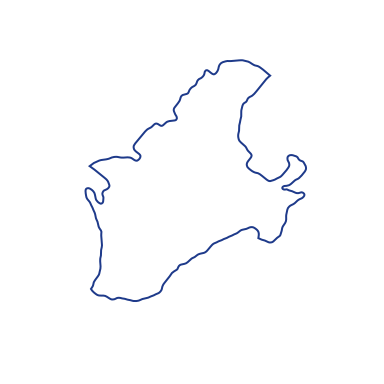 the district of Las Yayas de Viajama, Azua, Dominican Republic, rotated 309°
{"feature_id": "3306468B57328361484840", "entity_name": "Las Yayas de Viajama", "entity_type": "district", "adm_level": 2, "iso_a3": "DOM", "parent_name": "Dominican Republic", "parent_adm1": "Azua", "projection": "orthographic", "projection_center": [-70.973, 18.597], "detail": "fine", "context": "isolated", "style": "outline", "palette": "blue", "viewbox_px": 384, "rotation_deg": 309, "n_neighbors": 0, "source": "geoboundaries", "source_scale": "gbopen_adm2", "svg_char_len": 6103}
<svg xmlns="http://www.w3.org/2000/svg" viewBox="0 0 384 384"><g transform="rotate(309 192 192)"><path d="M197.9,272.6L198.8,276.1L200.1,279.1L201.1,283.0L201.6,284.1L202.3,284.9L203.1,285.6L203.6,285.9L204.7,286.3L210.0,287.0L212.9,287.8L213.9,287.8L214.8,287.5L218.3,286.1L220.7,284.8L221.8,284.4L222.9,284.2L226.5,283.9L228.3,283.4L229.9,282.5L232.7,280.2L233.8,279.5L238.3,277.2L239.9,276.7L241.7,276.7L242.9,276.9L244.0,277.3L245.9,278.2L247.0,278.6L248.1,278.9L251.8,279.4L252.9,279.7L254.0,280.1L255.9,281.1L256.9,281.5L258.6,281.7L259.6,281.6L260.1,281.4L260.6,281.1L261.0,280.6L261.2,280.1L261.3,279.1L261.1,278.1L260.6,277.2L260.2,276.9L258.2,275.5L257.5,274.7L256.9,273.8L256.5,272.7L255.6,269.3L254.3,266.3L253.7,264.0L252.2,262.5L251.7,261.7L251.5,260.7L251.6,260.2L251.9,259.7L252.4,259.4L253.0,259.3L253.9,259.5L254.8,260.0L256.2,261.5L258.0,262.9L259.0,263.4L260.9,263.9L265.4,264.6L266.6,264.9L269.1,266.1L270.2,266.4L272.0,266.6L273.9,266.8L277.0,266.8L278.9,266.8L280.1,266.6L281.2,266.3L282.2,265.7L283.0,264.9L283.7,264.0L285.1,260.6L285.4,259.6L285.4,258.7L284.6,256.4L284.5,255.4L284.6,254.3L285.4,252.1L285.4,251.6L285.3,250.6L284.0,247.2L283.4,246.2L282.3,245.0L281.3,244.5L280.8,244.3L279.6,244.3L279.0,244.5L278.1,245.1L277.0,246.2L275.6,249.2L274.5,250.4L273.6,251.0L273.0,251.2L271.7,251.5L268.4,251.7L262.2,251.5L260.2,251.3L258.9,250.9L256.0,249.5L253.8,248.6L252.4,247.8L249.8,246.0L249.5,245.7L248.9,244.6L248.7,243.4L248.6,242.1L248.6,236.1L248.5,233.4L248.1,231.4L246.9,229.0L246.5,227.8L246.1,225.8L246.0,223.8L246.0,221.8L246.1,220.6L246.3,219.4L246.6,218.8L247.2,217.9L248.0,217.1L249.0,216.6L249.6,216.4L250.8,216.2L255.2,216.1L256.4,216.0L257.4,215.6L257.9,215.3L258.2,214.9L258.5,214.4L258.8,213.4L259.3,209.4L259.6,208.4L260.7,205.9L261.0,204.6L261.1,202.7L261.3,198.7L261.6,196.8L261.8,196.2L262.4,195.1L263.5,193.7L264.4,192.8L265.4,192.0L266.4,191.4L269.1,190.1L273.5,186.8L276.2,185.5L278.6,184.2L281.7,182.7L285.6,179.6L286.6,178.9L290.6,177.0L292.2,176.5L293.3,176.5L294.3,176.7L295.6,177.2L296.5,177.3L297.4,177.2L299.2,176.7L300.2,176.6L301.8,176.9L303.8,177.8L304.9,178.2L307.5,178.6L310.8,178.7L326.5,178.7L329.1,179.0L331.6,179.5L331.8,170.2L331.7,167.6L331.6,165.7L331.2,163.8L330.0,161.3L329.7,160.3L329.4,158.5L329.1,155.5L328.7,153.7L326.3,148.6L325.6,147.6L323.9,145.7L318.5,140.1L317.3,138.7L316.1,137.1L314.7,135.9L312.4,134.3L310.8,133.6L309.6,133.4L308.4,133.4L307.3,133.6L306.2,134.0L303.8,135.2L301.9,135.7L300.7,135.8L299.4,135.8L298.2,135.5L297.7,135.3L297.2,134.9L296.9,134.4L296.6,133.3L296.5,132.1L296.5,128.6L296.3,127.5L296.1,127.0L295.7,126.6L295.3,126.3L294.8,126.2L294.3,126.2L293.4,126.3L291.7,127.2L290.7,127.6L288.9,127.8L287.2,127.6L286.1,127.3L284.2,126.4L282.6,126.2L281.5,126.3L279.2,127.1L277.6,127.4L276.0,127.1L273.6,126.1L271.9,125.8L270.7,125.8L269.6,125.9L267.2,126.6L266.3,126.7L265.8,126.6L264.8,126.1L262.6,124.5L261.6,123.8L261.1,123.6L260.0,123.4L259.4,123.4L258.3,123.7L255.9,124.7L254.7,125.0L252.2,125.2L247.0,125.3L245.8,125.4L244.8,125.8L243.9,126.5L243.3,127.3L241.8,130.1L241.1,132.1L240.6,133.0L239.9,133.7L239.5,134.0L238.5,134.2L237.9,134.2L237.4,134.0L236.5,133.3L232.9,129.8L231.3,128.7L230.7,128.4L229.6,128.1L225.7,127.5L224.7,127.1L224.0,126.4L223.7,125.4L223.4,122.9L223.1,121.9L222.6,121.0L221.7,120.4L220.7,120.1L217.3,119.7L216.2,119.4L213.7,118.3L212.6,117.9L211.3,117.7L209.4,117.5L194.1,117.3L192.2,117.5L191.0,117.8L190.0,118.5L189.3,119.3L188.7,120.2L188.5,120.8L188.2,122.7L188.3,127.1L188.1,128.2L187.9,128.8L187.5,129.3L187.1,129.6L186.1,130.1L184.4,130.3L182.8,130.0L181.8,129.6L181.4,129.2L180.9,128.3L180.6,127.2L180.3,123.8L180.0,122.7L179.4,121.6L178.3,120.0L175.6,117.1L174.4,115.6L173.7,114.5L172.3,111.9L171.6,110.9L170.3,109.5L168.4,108.0L165.8,106.6L164.8,105.9L163.3,104.7L159.9,101.5L158.9,100.7L157.8,100.0L152.8,97.5L147.7,96.2L148.0,102.1L148.0,115.1L147.9,117.7L147.5,119.5L147.1,120.5L145.5,123.2L144.8,124.0L143.8,124.4L142.2,124.5L140.6,124.1L137.8,122.7L136.7,122.6L135.6,122.8L134.6,123.2L133.8,123.9L133.2,124.7L132.5,126.0L131.8,126.8L128.9,128.8L128.0,129.2L127.5,129.3L126.9,129.2L126.4,129.1L125.9,128.8L125.5,128.4L125.3,127.9L125.1,126.8L125.0,125.7L125.1,124.6L125.5,122.8L125.7,122.2L126.4,121.2L128.8,118.3L129.8,116.8L130.4,115.0L130.6,113.2L130.5,111.4L130.3,110.3L130.1,109.7L129.6,108.8L128.7,108.1L128.3,107.9L127.7,107.8L127.1,107.9L126.6,108.1L125.7,108.7L124.1,110.2L122.4,112.1L121.3,113.5L120.6,115.2L119.9,118.7L119.5,119.7L118.2,122.2L117.3,124.3L115.7,127.2L114.7,129.3L113.7,130.8L111.3,133.7L110.7,134.7L109.4,137.3L106.3,141.3L105.6,142.8L104.8,145.4L104.3,146.3L104.0,146.7L102.3,147.9L100.9,149.0L95.3,154.3L93.9,155.6L92.3,156.6L89.7,157.9L85.3,161.2L82.7,162.5L81.7,163.2L80.3,164.3L76.7,167.7L74.7,169.1L72.6,170.1L70.2,171.3L69.1,171.7L67.3,171.9L63.0,172.1L61.2,172.3L60.0,172.5L57.6,173.7L56.5,174.1L55.3,174.3L53.1,174.5L52.5,176.4L52.2,178.9L52.2,181.3L52.4,183.2L52.8,184.3L53.1,184.9L53.8,185.9L55.7,188.3L56.6,189.9L57.0,191.6L57.4,195.2L57.8,196.9L58.4,197.8L59.2,198.6L60.0,199.3L62.5,200.5L63.3,201.2L64.0,202.1L64.6,203.0L65.3,204.6L66.7,207.0L67.8,209.7L69.1,212.1L70.0,214.2L70.6,215.3L72.1,217.2L73.5,218.5L74.5,219.2L77.6,220.8L81.6,223.9L82.6,224.6L84.7,225.6L87.6,227.3L89.7,228.2L92.1,229.5L93.2,229.9L95.0,230.1L96.8,229.9L97.8,229.5L99.8,228.5L100.9,228.2L102.1,227.9L104.0,227.8L112.5,227.7L116.4,227.4L119.0,228.0L121.8,229.0L122.7,229.2L123.6,229.0L125.4,228.5L126.5,228.4L127.0,228.5L127.6,228.6L128.6,229.1L131.5,231.4L133.0,232.3L134.8,232.8L139.5,233.5L140.6,233.8L143.1,235.0L146.5,235.8L147.6,236.2L149.2,237.2L152.1,239.5L153.2,240.1L153.8,240.3L155.0,240.6L156.3,240.7L161.5,240.8L163.5,240.9L164.7,241.1L165.9,241.5L168.3,242.8L170.4,243.7L173.3,245.4L175.4,246.3L178.3,248.0L180.5,248.9L183.4,250.5L185.5,251.4L187.9,252.7L189.0,253.1L192.4,253.9L193.6,254.4L194.6,255.1L197.5,257.4L198.6,258.0L200.6,259.0L201.9,260.0L202.9,261.4L203.1,262.0L203.4,263.2L203.5,265.6L203.4,266.8L203.1,268.0L202.6,269.0L201.5,270.3L200.1,271.3L197.9,272.6Z" fill="none" stroke="#1e3a8a" stroke-width="2"/></g></svg>